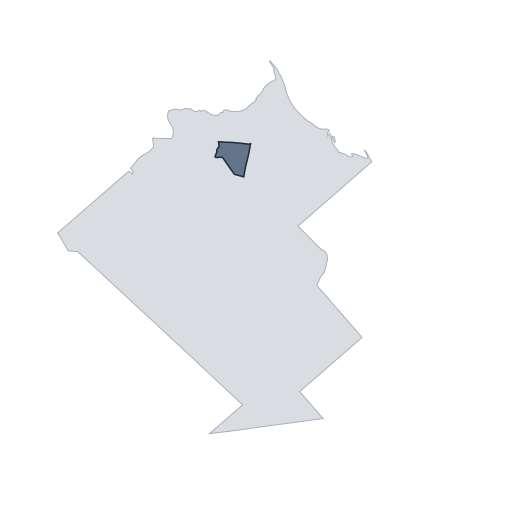 Magta lahjar, Brakna, Mauritania shown in context, rotated 139°
{"feature_id": "47542326B18376526841546", "entity_name": "Magta lahjar", "entity_type": "district", "adm_level": 2, "iso_a3": "MRT", "parent_name": "Mauritania", "parent_adm1": "Brakna", "projection": "mercator", "projection_center": [-12.791, 17.745], "detail": "fine", "context": "in_parent", "style": "filled", "palette": "slate", "viewbox_px": 512, "rotation_deg": 139, "n_neighbors": 0, "source": "geoboundaries", "source_scale": "gbopen_adm2", "svg_char_len": 4082}
<svg xmlns="http://www.w3.org/2000/svg" viewBox="0 0 512 512"><g transform="rotate(139 256 256)"><path d="M222.9,421.1L222.3,420.9L219.7,419.1L218.4,416.9L216.4,415.2L213.5,414.1L211.6,412.9L210.8,411.4L209.7,410.5L208.6,410.0L208.5,409.5L208.7,408.8L208.5,407.5L206.8,404.6L205.2,403.3L203.9,403.5L203.1,403.1L202.6,402.5L202.5,401.6L201.5,400.7L200.0,400.4L198.7,398.2L197.7,394.3L196.5,391.2L194.9,389.0L193.8,388.2L193.0,388.0L192.7,387.7L192.5,387.1L191.3,386.8L189.6,387.5L188.1,387.3L187.4,386.2L186.3,386.1L185.0,387.0L183.6,386.7L182.0,385.3L181.1,383.9L180.9,382.5L178.2,379.7L172.9,375.6L167.1,373.6L160.8,373.9L157.3,373.7L156.6,373.0L155.8,373.1L155.0,373.8L154.2,374.0L153.3,373.6L152.8,373.9L152.5,375.0L150.3,375.5L146.1,375.5L142.8,376.2L140.2,377.5L136.5,378.0L131.8,377.8L129.0,377.4L128.0,376.6L126.6,376.4L124.9,376.8L123.3,378.9L121.9,382.6L120.8,384.7L119.9,385.3L118.9,388.0L118.4,392.7L117.5,394.7L117.5,383.1L118.9,378.8L119.3,375.0L122.2,366.6L125.7,359.7L128.8,350.6L130.0,341.7L129.6,332.9L128.7,325.2L127.1,320.0L125.5,312.5L123.2,308.6L119.0,305.2L118.1,303.1L119.0,302.4L121.6,301.9L123.2,299.2L119.8,300.2L123.8,292.0L125.0,286.3L124.8,282.6L125.6,280.4L122.5,275.4L120.1,269.1L118.9,268.2L117.7,267.6L117.5,269.1L116.9,270.4L115.4,269.6L112.8,265.1L109.1,257.6L107.8,256.9L106.7,257.9L106.1,258.9L104.8,265.1L104.4,262.6L105.0,259.7L105.9,256.2L106.9,251.2L110.1,251.2L115.8,251.2L127.1,251.2L132.8,251.2L144.1,251.1L149.8,251.1L161.2,251.1L166.9,251.1L178.2,251.1L183.9,251.1L195.3,251.1L200.9,251.1L204.7,251.1L204.5,247.5L204.3,244.7L204.0,241.0L203.8,237.2L203.6,233.4L203.4,229.9L203.1,226.4L202.9,223.1L202.7,220.0L202.4,218.3L201.2,214.9L201.0,213.1L201.3,211.3L202.1,209.6L204.3,206.5L207.6,204.1L211.5,201.3L214.5,199.2L216.0,198.7L220.6,198.0L224.2,196.3L227.8,194.8L229.3,193.9L229.4,191.0L229.4,125.0L247.0,125.0L251.6,125.0L283.9,125.0L288.5,125.0L312.0,125.0L312.0,121.9L312.0,117.3L312.0,111.1L312.0,104.9L312.0,93.9L312.0,89.2L316.6,92.3L325.9,98.5L330.6,101.5L339.9,107.7L349.2,113.8L358.5,119.9L363.2,123.0L367.8,126.0L372.5,129.0L377.1,132.1L386.5,138.2L390.4,140.7L396.4,144.8L401.9,148.6L407.6,152.4L398.9,152.4L387.3,152.4L379.4,152.4L371.3,152.4L363.7,152.5L364.4,158.7L365.1,165.4L365.8,172.2L366.5,179.0L367.2,185.7L369.3,205.8L370.0,212.5L370.7,219.2L371.4,225.8L372.1,232.5L373.5,245.7L374.2,252.4L374.9,259.0L375.6,265.5L376.3,272.1L377.0,278.7L378.5,291.8L379.2,298.3L379.9,304.9L380.6,311.4L381.3,317.9L382.0,324.4L382.7,330.9L383.4,337.4L384.8,350.3L385.5,356.8L386.2,363.2L386.9,369.6L387.6,375.9L390.5,379.1L394.3,383.2L393.2,389.0L391.9,396.0L390.5,403.5L380.2,403.5L370.1,403.5L344.8,403.5L339.8,403.5L314.5,403.5L309.5,403.5L299.7,403.5L296.8,403.3L295.8,402.7L295.4,398.8L294.6,399.1L293.6,400.2L293.0,401.5L293.2,403.1L293.1,404.5L289.8,405.0L285.4,405.9L280.8,406.6L276.1,406.4L274.6,406.1L272.9,405.6L269.2,405.0L267.1,404.9L264.8,405.1L262.1,405.4L261.2,406.1L259.2,409.0L257.2,412.4L255.9,412.4L254.4,410.5L250.4,407.0L245.5,402.5L243.3,400.2L242.1,399.9L239.8,401.5L237.9,403.1L235.8,405.3L234.8,407.4L234.1,409.9L233.7,412.9L233.0,416.4L231.3,419.1L229.3,421.2L227.8,422.2L227.2,422.8L222.9,421.1ZM121.5,294.1L120.0,296.7L119.3,295.7L119.0,294.0L120.4,291.6L121.1,290.3L122.3,289.9L121.5,294.1Z" fill="#d9dde1" stroke="#a8b0b8" stroke-width="1"/><path d="M209.4,366.9L209.8,366.3L209.8,366.0L210.3,365.2L211.0,364.6L211.2,363.6L211.8,363.1L212.9,362.8L213.2,362.7L213.7,362.5L214.3,362.4L215.1,362.1L215.9,361.8L216.4,361.5L217.2,360.5L217.2,360.3L217.6,359.9L218.3,359.7L218.9,359.4L219.4,359.0L220.1,358.9L220.4,358.6L220.8,358.4L221.2,358.2L221.7,357.9L221.8,357.2L221.5,356.5L220.8,355.8L218.9,354.6L217.2,352.9L216.5,352.4L216.8,350.5L217.0,348.2L217.6,343.0L218.1,338.1L218.7,331.8L216.9,329.1L214.8,326.0L213.4,323.8L205.3,330.2L197.8,335.5L193.8,338.4L186.4,344.3L187.8,344.9L189.0,346.2L189.8,347.0L190.8,348.1L191.9,349.4L194.0,351.7L198.6,356.4L199.0,356.9L200.1,357.9L201.1,358.9L202.5,360.2L204.1,361.5L205.2,362.8L209.4,366.9Z" fill="#64748b" stroke="#1e293b" stroke-width="1.5"/></g></svg>